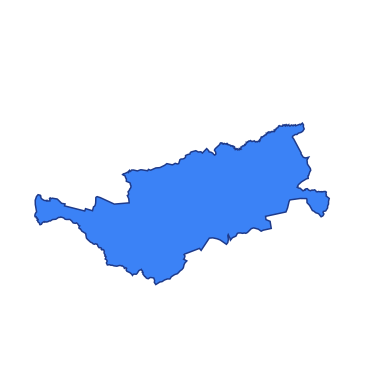 outline of Ilala, Dar-Es-Salaam, United Republic of Tanzania, rotated 221°
{"feature_id": "72390352B40584164885098", "entity_name": "Ilala", "entity_type": "district", "adm_level": 2, "iso_a3": "TZA", "parent_name": "United Republic of Tanzania", "parent_adm1": "Dar-Es-Salaam", "projection": "mercator", "projection_center": [39.169, -6.941], "detail": "fine", "context": "isolated", "style": "filled", "palette": "blue", "viewbox_px": 384, "rotation_deg": 221, "n_neighbors": 0, "source": "geoboundaries", "source_scale": "gbopen_adm2", "svg_char_len": 6002}
<svg xmlns="http://www.w3.org/2000/svg" viewBox="0 0 384 384"><g transform="rotate(221 192 192)"><path d="M290.7,69.8L290.5,70.3L290.1,70.4L289.6,69.1L288.7,68.4L286.6,68.4L285.8,67.7L285.2,67.6L284.5,68.9L284.8,70.5L284.2,72.7L283.3,72.6L283.0,73.4L282.0,74.0L281.2,75.2L280.6,76.8L279.9,77.2L279.2,79.7L276.9,82.1L276.0,85.3L274.9,86.3L274.7,87.0L271.9,88.3L269.9,88.2L268.6,89.0L266.2,91.2L263.7,91.2L261.4,90.7L259.4,91.9L258.8,93.0L257.0,92.9L255.3,92.3L254.5,92.7L254.1,91.1L253.4,90.5L252.8,90.5L252.1,91.0L249.6,90.2L245.0,90.9L241.5,88.0L239.8,87.7L235.7,87.6L233.9,88.1L232.5,88.0L231.3,88.6L230.7,89.8L229.9,89.9L229.2,90.4L227.2,89.3L225.6,89.0L224.3,90.1L223.4,90.1L222.9,89.2L221.9,89.2L221.5,90.2L220.8,90.4L219.2,89.7L219.0,89.0L217.9,88.0L216.3,87.6L215.8,86.5L214.7,86.9L213.9,85.7L213.6,84.5L212.1,84.8L210.7,84.3L210.1,82.3L208.0,81.4L206.6,83.0L205.2,83.5L204.2,84.4L202.4,85.1L200.0,86.7L198.7,88.8L197.6,89.7L196.7,89.9L196.5,90.5L194.2,90.7L192.9,90.0L192.3,91.4L191.3,91.5L190.5,89.9L189.1,89.5L186.0,90.4L183.6,90.4L182.2,90.0L182.3,90.9L182.0,91.9L180.2,93.3L180.0,94.4L180.5,97.9L179.5,100.2L179.1,99.8L178.4,100.1L177.3,99.8L177.0,98.8L176.0,99.0L175.3,97.9L172.1,97.2L171.7,97.5L170.3,97.1L169.1,97.3L168.0,98.0L167.7,99.5L167.1,100.4L164.5,102.0L162.1,100.7L161.2,99.1L158.6,98.4L157.2,103.0L155.8,104.7L155.0,107.6L153.5,110.3L151.6,111.9L152.0,114.5L150.9,118.3L149.4,120.8L149.2,124.9L148.7,126.9L148.8,129.1L150.4,132.1L150.8,133.9L150.7,136.6L154.2,135.8L154.2,136.8L155.3,139.1L156.9,139.5L156.8,140.4L149.4,154.3L146.8,153.9L148.7,168.5L146.3,171.0L142.3,173.2L139.2,174.3L131.7,175.1L131.8,177.3L133.5,180.2L136.3,182.5L136.7,183.6L133.0,182.0L131.4,180.8L131.5,184.0L129.9,187.5L130.6,190.5L130.1,191.5L128.3,193.1L126.8,193.9L125.6,195.4L124.3,196.1L123.6,197.8L123.2,203.3L121.9,205.4L117.5,207.5L114.1,207.8L113.2,209.9L108.3,216.5L113.8,221.1L118.1,219.7L120.5,221.9L108.0,238.6L109.4,242.6L112.5,248.5L112.9,250.3L106.1,258.1L101.2,262.2L100.4,261.8L98.2,259.4L94.4,259.0L89.0,257.0L87.5,257.5L85.1,257.5L82.2,258.7L78.3,258.0L77.6,259.7L77.8,261.3L78.1,262.0L79.6,262.4L80.1,263.5L78.7,265.4L79.2,268.9L80.5,270.5L81.0,272.4L82.9,274.6L84.2,277.2L88.2,277.0L88.5,277.8L90.0,278.8L90.5,280.0L91.5,280.0L92.7,279.0L94.0,277.3L94.3,277.4L95.7,276.0L96.9,275.4L97.3,274.5L98.4,273.8L99.7,274.2L100.9,274.1L101.9,272.6L102.7,272.3L103.5,270.6L105.3,270.0L107.1,270.2L108.0,269.3L108.3,268.5L107.9,267.8L108.6,267.5L108.4,266.9L109.0,265.7L112.9,265.8L113.9,265.0L115.7,264.6L115.7,265.7L116.2,265.8L116.5,267.5L116.0,271.6L114.2,277.2L113.2,278.5L115.0,280.2L114.8,280.9L116.3,284.4L116.6,286.2L118.1,287.4L123.2,288.8L126.2,291.6L126.8,294.8L128.4,292.4L130.5,291.3L131.3,291.3L134.9,292.4L135.3,293.1L150.2,298.8L152.2,299.2L152.6,300.1L151.9,303.0L150.5,304.3L150.3,306.2L148.9,308.4L148.3,310.4L148.7,313.2L150.9,314.4L151.9,315.8L153.9,316.4L154.2,314.0L155.0,314.0L157.2,310.0L158.1,310.5L158.9,308.7L159.4,308.9L159.7,308.0L160.7,308.0L161.1,307.5L161.0,306.7L161.5,305.9L162.4,306.1L162.8,305.8L163.1,306.1L163.2,305.0L163.7,305.2L163.9,304.6L164.4,304.6L164.6,303.8L164.8,304.1L165.0,303.5L165.4,304.0L165.6,303.1L165.7,303.5L166.1,302.8L166.4,303.1L166.9,302.3L167.3,302.3L166.9,301.0L169.2,299.3L169.7,299.3L169.9,298.6L169.4,296.8L170.1,295.5L169.7,294.3L170.3,293.8L170.3,293.2L169.8,293.4L169.8,292.5L170.1,292.4L169.5,292.1L169.5,291.5L170.9,290.6L171.1,289.9L171.7,289.8L172.0,288.4L172.2,288.7L173.0,288.1L173.4,288.3L173.2,288.1L173.8,287.3L173.4,286.3L174.0,286.1L173.9,285.3L174.4,285.0L173.6,284.4L173.6,283.7L174.2,283.2L174.6,281.7L174.4,281.4L175.2,279.6L175.1,279.1L175.8,279.0L175.1,277.0L175.3,276.1L174.4,275.6L174.3,275.1L174.6,275.0L174.4,274.5L175.0,274.5L174.8,274.0L175.4,273.6L175.5,272.8L176.2,272.6L176.7,271.6L178.3,271.5L178.2,271.1L179.1,270.7L179.8,269.4L181.6,269.2L181.7,268.3L182.5,268.0L182.7,266.1L183.0,266.2L183.1,265.4L183.6,265.1L183.1,264.7L182.8,263.4L183.2,262.8L182.9,263.0L182.7,262.6L183.4,262.4L183.1,261.0L184.1,259.8L184.1,258.5L184.5,258.1L183.7,257.0L184.3,256.4L183.7,256.4L184.2,256.0L183.7,255.8L184.1,255.5L183.9,255.0L184.7,254.4L185.6,254.6L185.6,254.3L186.3,254.1L186.0,253.8L186.7,253.8L186.8,253.0L187.4,253.0L187.4,252.7L187.9,253.1L188.6,252.6L189.1,252.7L189.3,253.0L188.9,253.5L189.3,253.8L189.8,253.6L189.5,253.9L189.9,254.2L189.7,253.9L190.8,253.8L191.2,253.0L191.8,253.3L192.4,253.1L192.8,252.2L194.0,252.4L196.4,251.1L196.4,251.6L197.4,251.7L198.4,250.0L199.4,249.9L199.6,249.2L200.4,249.0L200.1,248.6L201.1,248.2L201.8,248.5L202.6,247.9L202.7,247.1L202.2,246.2L202.9,239.9L202.6,238.5L202.3,238.1L200.6,237.8L198.9,236.4L199.0,234.8L200.3,234.6L201.8,234.9L203.7,234.5L205.5,233.5L206.5,234.1L209.4,234.4L209.7,228.2L211.7,228.2L213.5,226.3L216.2,225.7L218.9,221.7L219.1,220.7L218.5,219.3L219.9,217.3L220.8,215.3L219.7,214.0L219.8,212.4L220.7,210.8L221.9,209.7L222.3,208.5L220.7,204.8L221.0,204.1L221.4,203.6L223.5,202.6L224.4,200.0L225.2,199.3L229.6,196.9L230.2,194.1L232.2,189.4L235.1,186.4L237.5,181.3L239.7,180.5L239.4,178.9L244.6,175.7L245.5,174.9L247.0,172.1L250.6,170.2L252.1,168.8L251.9,167.3L252.7,167.2L252.8,165.7L253.4,166.6L253.5,165.0L254.8,161.9L255.7,160.7L255.8,159.6L253.0,160.2L251.3,159.1L250.2,158.9L248.6,157.0L245.0,158.2L244.1,157.9L243.2,157.0L242.5,156.9L241.4,155.8L240.9,154.5L240.9,153.2L240.4,152.2L240.4,150.2L238.7,149.1L238.1,148.2L238.5,146.9L235.4,145.5L232.3,142.6L242.7,131.9L257.5,127.6L260.5,126.3L260.9,125.5L260.9,124.7L257.5,120.5L256.5,118.7L256.2,117.3L256.6,116.2L254.8,112.6L261.4,109.6L260.5,107.3L279.1,97.9L280.0,99.7L283.0,97.9L288.9,98.3L289.6,98.0L293.5,95.6L293.9,94.6L295.2,94.5L295.1,93.3L294.2,93.0L293.4,92.1L295.6,90.0L296.0,90.5L296.8,89.5L298.2,88.6L301.4,88.2L303.5,89.3L303.3,89.5L303.9,90.0L304.5,90.0L306.4,89.0L306.4,86.6L304.9,82.9L302.1,79.8L296.2,75.0L296.3,74.2L295.9,72.4L294.9,70.8L294.0,70.4L293.4,71.1L292.3,70.3L291.9,70.8L290.9,70.4L290.7,69.8Z" fill="#3b82f6" stroke="#1e3a8a" stroke-width="1.5"/></g></svg>